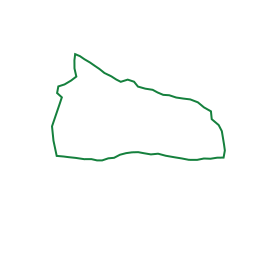 Mesquita, Rio de Janeiro, Brazil, rotated 44°
{"feature_id": "56859067B83991596401746", "entity_name": "Mesquita", "entity_type": "district", "adm_level": 2, "iso_a3": "BRA", "parent_name": "Brazil", "parent_adm1": "Rio de Janeiro", "projection": "orthographic", "projection_center": [-43.451, -22.803], "detail": "fine", "context": "isolated", "style": "outline", "palette": "green", "viewbox_px": 256, "rotation_deg": 44, "n_neighbors": 0, "source": "geoboundaries", "source_scale": "gbopen_adm2", "svg_char_len": 932}
<svg xmlns="http://www.w3.org/2000/svg" viewBox="0 0 256 256"><g transform="rotate(44 128 128)"><path d="M191.2,62.9L182.1,63.5L176.1,58.4L168.3,60.4L160.4,61.0L152.9,64.2L147.5,68.3L141.5,72.6L134.9,75.8L130.3,79.7L124.6,81.9L119.2,83.4L113.1,87.7L106.4,91.3L100.2,90.5L94.2,93.4L90.7,99.8L85.8,101.3L80.2,102.4L72.9,104.8L66.4,105.4L61.3,106.3L55.1,107.3L48.9,108.8L43.5,109.7L38.7,111.6L42.4,116.5L48.1,122.3L55.1,126.9L54.1,133.4L52.1,140.7L49.0,146.5L52.7,152.1L59.1,151.9L61.9,157.7L72.2,179.6L83.2,188.9L96.1,197.6L101.4,193.3L105.7,190.1L111.2,185.8L118.2,180.8L123.3,175.8L128.1,172.9L131.9,169.3L134.9,163.5L138.7,159.1L140.8,152.8L144.1,147.4L147.8,142.7L152.1,138.3L156.8,135.2L162.8,131.1L167.5,125.6L174.5,121.7L182.3,116.4L187.6,112.7L193.9,108.6L199.8,103.0L203.8,97.2L208.7,92.8L212.7,87.5L217.3,82.9L213.3,76.9L208.6,73.2L203.1,69.1L197.7,65.1L191.2,62.9Z" fill="none" stroke="#15803d" stroke-width="2"/></g></svg>